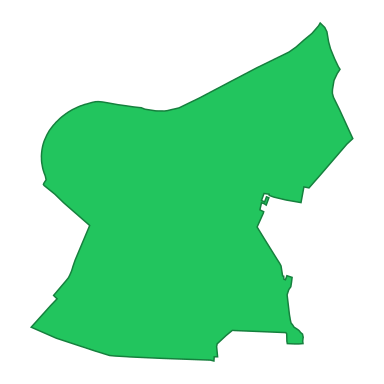 outline of Al Azbakiyya, Al Qahirah, Egypt
{"feature_id": "37247803B6267278220516", "entity_name": "Al Azbakiyya", "entity_type": "district", "adm_level": 2, "iso_a3": "EGY", "parent_name": "Egypt", "parent_adm1": "Al Qahirah", "projection": "albers", "projection_center": [31.246, 30.06], "detail": "fine", "context": "isolated", "style": "filled", "palette": "green", "viewbox_px": 384, "rotation_deg": 0, "n_neighbors": 0, "source": "geoboundaries", "source_scale": "gbopen_adm2", "svg_char_len": 2799}
<svg xmlns="http://www.w3.org/2000/svg" viewBox="0 0 384 384"><path d="M213.9,361.0L214.0,359.8L214.2,356.8L215.2,356.8L217.6,356.8L216.6,346.4L216.9,345.2L217.1,343.9L226.1,335.5L232.3,330.4L233.3,330.4L234.3,330.5L251.4,331.2L283.1,332.5L285.8,332.6L286.7,333.8L286.9,341.3L287.1,342.4L287.3,343.6L294.3,343.9L296.6,343.9L299.0,343.9L303.0,343.6L302.7,341.1L302.9,339.6L302.9,339.1L303.2,337.3L302.5,334.1L300.5,332.4L299.3,330.8L298.1,329.8L296.5,328.7L294.1,327.2L292.4,324.6L291.7,323.8L291.0,322.9L290.2,319.3L289.9,317.3L289.8,316.9L289.4,314.4L287.1,294.8L288.8,289.6L290.0,287.9L290.8,286.8L291.5,282.4L291.8,279.9L292.1,277.4L286.9,275.7L286.4,277.2L285.4,279.8L283.9,279.2L283.7,276.2L282.6,275.9L281.1,266.4L281.0,265.9L280.4,264.7L279.7,263.4L277.2,259.5L263.7,237.8L257.1,227.0L263.3,213.2L263.7,211.7L261.8,210.8L259.9,209.8L261.5,202.8L263.3,203.4L264.2,203.7L266.2,205.1L268.9,197.8L266.5,196.8L264.6,201.9L263.8,201.5L261.5,200.5L264.0,193.5L269.2,194.2L269.2,195.4L273.9,197.1L285.2,199.8L287.1,200.2L289.0,200.5L301.0,202.6L303.9,186.9L309.0,187.9L321.0,174.2L332.6,160.7L346.9,144.1L352.8,138.6L339.6,109.8L333.5,97.4L332.4,93.4L332.4,91.4L332.5,89.4L334.0,80.4L337.3,73.4L338.8,71.2L340.0,69.3L338.4,66.8L334.5,58.6L330.5,48.8L328.6,41.8L326.9,31.7L325.8,29.6L324.8,27.5L320.2,23.0L319.5,24.2L318.6,25.8L312.0,33.4L304.0,40.0L296.0,47.1L288.9,52.1L256.8,67.8L232.2,80.7L199.0,98.2L190.5,102.3L179.0,107.9L173.9,109.1L172.0,109.5L170.8,109.8L167.5,110.6L166.0,110.8L164.6,111.0L156.0,110.9L144.9,109.2L142.7,108.3L141.2,107.7L139.9,107.6L133.5,106.9L126.1,105.8L118.0,104.7L107.4,102.8L105.0,102.4L102.7,102.0L98.6,101.6L95.6,101.7L92.2,102.4L86.3,104.1L84.9,104.4L83.8,104.8L82.7,105.2L81.6,105.6L80.5,105.9L79.4,106.4L78.4,106.8L77.3,107.3L76.3,107.8L75.2,108.3L74.2,108.8L73.1,109.3L72.1,109.8L71.1,110.4L70.1,111.0L69.1,111.6L68.1,112.2L67.2,112.9L66.2,113.5L65.3,114.2L64.4,114.9L63.4,115.6L62.5,116.3L61.6,117.0L60.7,117.8L59.9,118.5L59.0,119.4L58.2,120.2L57.4,121.0L56.5,121.8L55.7,122.6L55.0,123.5L54.2,124.4L53.4,125.2L52.7,126.1L52.0,127.0L51.3,127.9L50.6,128.9L49.9,129.8L49.2,130.8L46.9,134.9L44.6,140.0L44.0,141.5L43.5,143.1L43.0,144.8L42.6,146.4L42.3,148.0L42.0,149.7L41.8,151.3L41.6,153.0L41.5,154.7L41.4,156.4L41.5,158.1L41.5,159.7L41.6,161.4L41.8,163.1L42.1,164.7L42.4,166.5L42.7,168.1L43.1,169.7L43.6,171.3L43.9,172.2L44.1,172.9L44.7,174.4L45.3,176.0L46.1,179.8L44.9,181.6L43.9,183.2L43.4,184.4L44.1,185.5L54.9,194.2L63.6,202.7L89.7,225.5L75.1,260.2L72.9,266.6L72.2,269.0L71.4,271.4L69.7,275.3L68.4,277.8L66.4,280.3L61.9,285.6L53.6,295.4L55.3,297.1L57.1,298.8L50.7,305.5L31.2,327.2L56.3,338.2L95.4,351.1L109.6,355.5L115.0,356.0L127.3,356.7L128.4,356.8L129.6,356.9L162.9,358.4L210.4,360.1L213.9,361.0Z" fill="#22c55e" stroke="#15803d" stroke-width="1.5"/></svg>